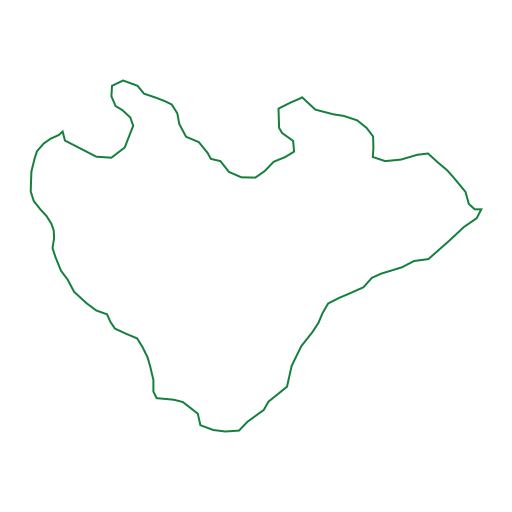 Jabrayil District, Cəbrayıl, Azerbaijan
{"feature_id": "54616110B25171122868047", "entity_name": "Jabrayil District", "entity_type": "district", "adm_level": 2, "iso_a3": "AZE", "parent_name": "Azerbaijan", "parent_adm1": "Cəbrayıl", "projection": "natural_earth1", "projection_center": [46.975, 39.317], "detail": "fine", "context": "isolated", "style": "outline", "palette": "green", "viewbox_px": 512, "rotation_deg": 0, "n_neighbors": 0, "source": "geoboundaries", "source_scale": "gbopen_adm2", "svg_char_len": 1581}
<svg xmlns="http://www.w3.org/2000/svg" viewBox="0 0 512 512"><path d="M62.6,131.5L58.8,135.0L50.4,138.8L43.5,143.7L37.0,151.2L34.7,158.1L31.4,171.5L31.1,179.8L30.7,191.5L33.8,201.1L40.7,209.8L46.6,216.1L51.4,223.8L53.7,230.3L54.1,238.2L52.5,248.0L55.5,257.2L61.0,270.8L67.5,279.4L74.1,291.8L86.5,303.2L96.3,310.5L107.0,314.3L110.6,322.2L111.2,323.1L114.9,328.6L126.6,334.0L137.1,338.4L142.3,346.7L147.5,357.2L150.1,366.1L153.4,380.0L153.4,391.5L156.7,398.2L160.4,398.5L173.6,399.7L182.8,402.0L197.8,413.7L200.4,425.2L213.2,430.0L225.3,431.5L239.0,430.6L247.5,421.7L263.8,409.9L268.4,401.7L287.0,386.7L291.6,366.1L296.2,356.5L301.4,346.0L312.2,332.4L318.4,322.9L322.6,313.0L328.1,303.5L339.3,297.8L349.0,293.7L363.4,287.3L371.9,277.8L381.0,273.7L401.9,267.3L414.0,261.0L428.4,259.1L449.6,240.4L463.9,227.0L476.7,218.2L481.3,209.3L474.7,209.3L468.8,203.9L465.5,191.9L453.4,177.3L447.2,170.3L437.8,162.4L428.0,153.5L417.2,154.8L400.9,159.6L385.2,161.1L372.8,157.0L373.4,148.2L373.1,136.5L366.6,127.9L357.1,120.3L343.7,115.9L333.3,114.3L315.3,109.6L302.1,97.3L299.3,98.8L290.5,102.6L278.5,108.6L279.1,127.9L282.1,133.0L293.1,140.9L294.1,151.6L285.3,157.0L273.6,161.8L264.8,171.0L255.3,177.6L241.3,177.3L228.9,171.9L220.4,161.1L210.9,158.9L207.6,152.9L198.8,142.1L186.1,136.8L179.3,124.1L177.3,113.3L171.7,104.5L165.2,101.3L155.4,97.5L144.0,93.7L137.5,85.8L123.1,80.5L112.0,85.8L111.4,96.3L115.6,106.1L122.5,110.2L130.3,117.5L133.2,125.7L129.0,136.5L124.7,147.5L111.4,157.7L103.7,157.2L96.3,156.7L81.0,148.8L65.0,140.6L62.6,131.5Z" fill="none" stroke="#15803d" stroke-width="2"/></svg>